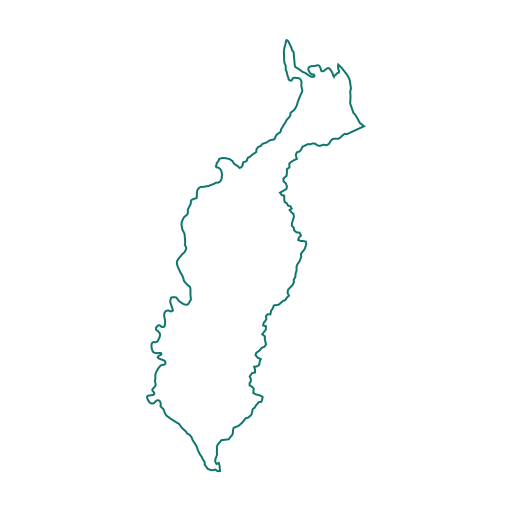 outline of Itapiranga, Amazonas, Brazil, rotated 275°
{"feature_id": "56859067B71937040210155", "entity_name": "Itapiranga", "entity_type": "district", "adm_level": 2, "iso_a3": "BRA", "parent_name": "Brazil", "parent_adm1": "Amazonas", "projection": "orthographic", "projection_center": [-58.495, -2.544], "detail": "fine", "context": "isolated", "style": "outline", "palette": "teal", "viewbox_px": 512, "rotation_deg": 275, "n_neighbors": 0, "source": "geoboundaries", "source_scale": "gbopen_adm2", "svg_char_len": 6110}
<svg xmlns="http://www.w3.org/2000/svg" viewBox="0 0 512 512"><g transform="rotate(275 256 256)"><path d="M107.2,269.0L110.7,271.6L111.2,274.0L113.9,274.7L116.2,274.9L117.3,272.7L118.2,267.7L119.3,265.2L123.7,265.3L125.5,263.3L126.5,260.9L128.9,260.7L130.9,261.9L133.4,261.4L135.4,260.2L139.0,262.3L139.9,265.2L143.1,264.8L145.5,263.8L146.0,266.3L147.8,268.7L151.5,268.9L153.7,269.8L154.8,266.6L157.3,264.1L159.6,264.7L161.4,266.9L163.2,268.5L165.1,269.8L166.3,272.3L168.8,273.7L173.9,272.0L176.7,271.9L178.6,269.0L183.4,272.2L186.9,272.0L187.4,269.2L190.0,269.4L192.0,270.9L194.3,271.9L196.9,271.1L198.9,272.6L199.2,275.5L202.6,275.7L205.0,277.2L208.3,278.1L209.5,282.9L213.5,286.7L214.6,289.0L217.4,290.5L219.3,292.3L222.1,290.6L225.3,290.9L230.4,295.0L233.1,296.1L235.5,295.6L238.5,297.0L242.0,297.0L245.3,297.7L248.8,297.3L251.2,297.9L253.9,299.5L256.8,300.5L259.3,301.1L261.9,300.5L267.4,304.0L272.3,305.1L274.7,304.4L275.0,301.7L274.9,299.1L275.7,296.6L278.1,297.2L280.3,299.0L283.0,297.3L283.1,294.4L284.8,291.8L287.2,291.3L289.4,289.0L292.4,289.0L298.1,290.4L301.1,289.7L302.7,287.5L304.7,285.5L306.3,287.4L308.5,286.0L309.0,283.5L311.2,282.0L312.3,279.8L315.7,279.1L318.6,278.8L318.9,276.4L321.2,274.4L325.3,280.4L327.8,280.8L331.1,279.4L332.6,277.0L335.5,276.5L338.6,279.5L342.4,279.5L345.2,279.2L347.2,281.6L350.8,281.1L352.6,282.6L354.7,285.4L356.3,288.2L360.2,286.8L362.8,287.7L363.9,290.1L365.6,291.6L368.8,292.7L372.0,298.0L372.0,300.5L373.1,302.6L373.0,305.2L371.7,307.2L371.2,309.9L372.7,313.3L372.5,316.8L374.2,319.0L377.2,320.4L379.3,322.2L379.8,324.9L380.0,327.9L381.3,329.7L383.6,331.6L385.4,333.7L385.4,336.1L394.7,352.3L397.7,347.7L401.0,345.7L405.3,342.6L407.0,340.6L416.2,336.5L422.7,336.3L428.3,335.5L431.1,336.0L438.5,334.3L441.3,333.2L444.8,330.6L450.7,325.1L453.8,321.3L452.4,321.2L449.9,321.5L447.2,322.7L445.8,322.4L445.5,321.5L444.8,320.6L443.4,319.6L442.7,318.5L441.3,318.1L442.4,317.2L444.7,316.3L447.1,314.8L449.2,312.7L449.5,311.6L449.2,310.6L446.4,307.6L445.9,306.7L445.8,305.2L447.0,304.5L449.1,303.7L450.5,302.9L451.4,301.7L451.3,300.4L450.4,298.0L449.9,294.5L449.0,292.7L448.0,292.0L446.8,291.8L445.3,292.3L443.1,293.9L442.5,294.6L442.0,295.5L441.7,297.9L440.5,298.6L439.7,298.1L439.4,296.7L439.5,295.2L440.2,293.4L442.7,289.1L443.2,287.0L444.0,285.5L446.4,281.6L447.5,279.1L448.2,278.4L449.2,278.0L462.4,275.7L463.9,274.1L466.8,273.0L472.5,269.6L473.4,268.6L473.7,267.5L472.5,267.1L470.2,267.0L465.9,266.1L461.5,266.0L452.0,267.2L450.3,267.8L448.3,268.9L445.1,269.4L443.8,269.4L442.6,270.3L438.3,271.7L437.2,272.4L434.6,273.2L433.8,274.5L433.8,275.9L436.5,277.5L436.9,278.4L436.9,282.5L436.6,283.8L436.0,284.7L434.8,285.6L433.3,286.2L429.9,286.3L427.4,286.9L425.2,287.7L423.6,287.6L419.8,286.2L414.1,284.4L409.2,283.4L407.5,282.7L404.7,281.2L402.4,278.7L401.2,277.9L398.9,277.9L396.6,276.6L395.0,275.2L393.7,274.4L391.0,273.4L389.1,272.2L386.4,271.1L385.3,270.3L384.0,269.9L382.7,269.9L381.2,269.1L378.9,266.2L377.1,265.2L374.9,264.6L373.8,264.0L372.5,259.9L371.8,258.7L370.2,257.0L368.4,253.0L367.9,252.3L366.0,251.2L364.9,248.8L362.5,247.2L359.7,247.2L356.5,243.4L354.5,241.5L353.1,239.3L351.7,238.8L350.4,238.6L349.6,238.1L348.6,236.0L348.0,235.0L346.6,234.8L345.6,234.9L343.2,233.7L342.3,232.0L344.0,229.9L345.8,226.4L346.6,225.6L348.5,224.3L350.3,221.1L350.8,216.9L350.7,214.0L350.0,211.9L349.3,210.8L346.9,210.1L345.1,208.7L344.0,208.8L341.8,208.2L340.9,208.9L340.9,210.0L340.5,211.3L339.9,212.3L339.0,213.2L337.0,214.3L334.1,215.1L329.8,215.0L327.3,213.9L326.3,212.9L325.7,211.6L325.7,210.5L325.4,209.4L324.4,208.2L321.8,203.0L320.3,197.6L320.0,195.2L319.4,194.0L318.6,193.1L317.4,192.3L316.0,191.8L313.5,191.6L309.8,191.9L308.5,191.7L307.2,188.5L306.1,186.8L305.1,186.3L302.5,186.5L296.5,184.1L295.1,184.1L293.0,184.4L291.7,184.0L290.5,183.1L289.1,181.6L288.0,180.7L284.3,179.3L282.2,179.0L280.8,179.0L276.3,180.2L272.3,182.6L271.2,183.0L263.3,184.3L260.9,184.1L259.3,185.2L257.6,185.9L256.1,185.5L253.6,184.5L251.3,182.3L248.4,180.3L245.8,178.6L243.9,177.8L242.7,177.7L241.5,177.9L238.9,178.8L233.9,181.6L229.5,184.6L227.0,185.7L225.0,186.4L223.8,187.4L220.6,190.9L220.2,191.9L219.5,192.9L217.3,193.6L211.4,194.1L207.0,195.0L202.0,192.5L201.4,191.4L201.4,189.6L201.8,187.9L203.8,184.1L204.9,182.7L206.8,181.2L207.7,180.1L207.9,178.1L207.3,175.2L205.9,174.7L203.7,174.5L202.0,174.8L194.7,178.0L193.8,177.3L193.3,175.7L194.1,173.8L193.7,171.8L193.0,170.6L192.1,170.2L190.4,169.6L188.6,169.7L183.0,171.2L180.2,171.3L178.1,171.0L177.3,170.2L177.0,169.1L177.4,167.6L178.3,166.7L178.6,165.4L178.1,164.3L176.1,162.7L174.9,162.6L173.5,163.2L172.7,164.8L170.7,166.8L169.2,167.3L167.4,167.2L165.7,166.7L162.3,165.3L161.8,164.5L161.3,163.2L161.3,161.5L160.7,160.4L159.4,159.7L157.2,159.7L154.1,160.4L152.5,161.2L151.5,161.8L151.0,162.7L150.6,164.1L150.6,166.0L151.0,168.6L151.0,169.8L150.1,170.3L149.3,169.9L147.9,167.6L146.5,166.9L145.5,167.9L144.0,173.2L143.4,174.3L142.5,174.9L141.5,175.1L140.3,174.7L139.6,173.6L139.4,172.4L138.8,170.9L138.0,170.1L135.3,168.3L132.1,166.9L130.0,166.2L127.9,166.1L125.7,166.4L122.7,166.3L121.2,166.6L120.0,167.1L119.0,167.3L117.1,166.7L114.9,164.9L113.7,164.3L112.5,164.9L111.2,166.2L110.4,166.7L109.3,166.5L108.6,165.6L107.6,161.3L107.2,160.2L105.8,159.8L104.5,160.2L102.9,161.1L101.2,162.4L100.5,163.3L100.1,164.2L100.0,165.3L100.1,166.3L100.5,167.2L102.6,168.8L103.6,170.0L103.7,171.4L103.4,172.3L102.7,173.1L101.4,173.7L99.5,174.1L98.2,173.9L96.8,175.2L96.0,176.6L93.9,177.9L91.7,178.9L89.4,180.4L86.0,185.9L85.0,188.1L83.2,191.3L82.1,193.9L78.5,197.0L75.1,201.4L73.1,203.0L72.1,205.4L70.0,207.5L67.1,208.9L62.0,212.9L59.9,214.0L57.7,214.9L53.4,217.5L51.0,219.6L48.5,220.9L46.6,222.7L43.6,223.1L39.8,226.4L38.9,229.3L38.8,231.6L39.7,234.3L38.3,236.4L38.6,238.9L43.7,238.0L46.6,237.0L45.4,234.8L47.6,233.3L50.0,233.2L52.2,233.9L54.8,234.5L57.2,234.1L60.0,234.0L62.7,233.6L64.9,234.4L69.6,237.7L70.0,240.1L71.1,244.9L73.4,246.2L75.2,247.7L77.6,248.4L80.5,248.3L82.9,248.7L85.2,253.3L88.7,256.8L93.3,259.6L94.1,261.9L95.7,263.7L97.7,265.4L103.2,266.1L104.9,268.0L107.2,269.0Z" fill="none" stroke="#0f766e" stroke-width="2"/></g></svg>